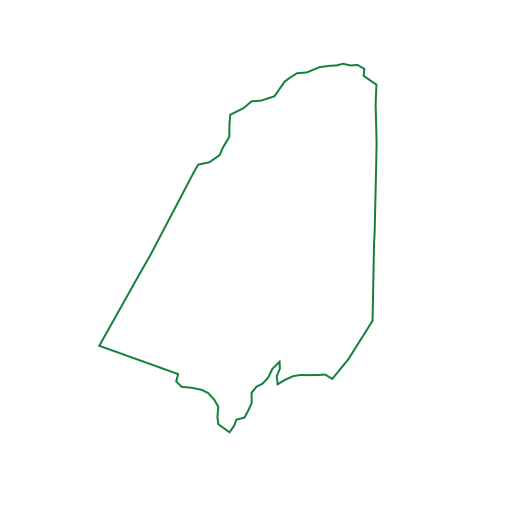 outline of Areia Branca, Sergipe, Brazil, rotated 156°
{"feature_id": "56859067B35376876870912", "entity_name": "Areia Branca", "entity_type": "district", "adm_level": 2, "iso_a3": "BRA", "parent_name": "Brazil", "parent_adm1": "Sergipe", "projection": "albers", "projection_center": [-37.332, -10.786], "detail": "fine", "context": "isolated", "style": "outline", "palette": "green", "viewbox_px": 512, "rotation_deg": 156, "n_neighbors": 0, "source": "geoboundaries", "source_scale": "gbopen_adm2", "svg_char_len": 1020}
<svg xmlns="http://www.w3.org/2000/svg" viewBox="0 0 512 512"><g transform="rotate(156 256 256)"><path d="M435.7,237.7L375.2,179.8L379.9,173.9L377.2,166.8L367.9,161.5L360.4,156.1L355.6,150.5L352.6,141.9L351.8,133.5L356.8,124.5L358.8,117.6L351.9,105.7L345.3,109.6L340.4,114.5L332.4,113.0L327.2,116.9L319.6,123.6L315.7,132.8L308.8,136.4L301.9,136.7L294.2,140.0L287.0,146.2L277.5,149.8L280.0,143.4L285.9,137.8L288.4,130.0L279.3,131.1L270.9,131.1L264.0,129.3L256.3,125.7L248.1,122.2L241.0,119.5L236.3,112.7L213.3,124.3L175.9,149.4L172.4,156.8L142.6,220.4L138.2,228.9L107.0,294.9L99.9,310.1L85.4,345.0L81.8,352.5L76.3,363.5L80.6,370.5L84.4,376.8L80.9,382.9L85.5,389.2L92.3,391.7L98.3,396.2L104.8,397.3L111.4,399.8L121.2,402.7L134.7,403.0L144.4,406.3L151.6,405.2L158.6,403.8L174.2,394.4L188.3,395.9L197.1,399.1L207.1,396.2L222.1,395.5L226.9,386.7L231.9,375.8L237.3,371.9L242.8,368.0L248.1,363.0L260.6,360.6L271.6,363.0L277.5,358.8L351.5,300.3L372.3,285.0L435.7,237.7Z" fill="none" stroke="#15803d" stroke-width="2"/></g></svg>